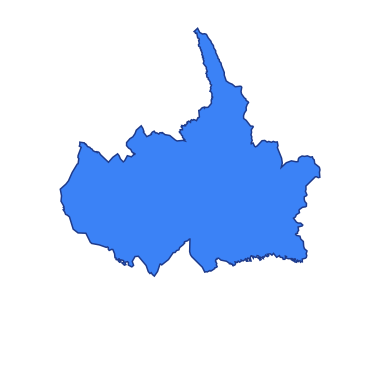 the district of Ron Phibun, Nakhon Si Thammarat, Thailand, rotated 141°
{"feature_id": "78962969B70310108322662", "entity_name": "Ron Phibun", "entity_type": "district", "adm_level": 2, "iso_a3": "THA", "parent_name": "Thailand", "parent_adm1": "Nakhon Si Thammarat", "projection": "natural_earth1", "projection_center": [99.867, 8.196], "detail": "fine", "context": "isolated", "style": "filled", "palette": "blue", "viewbox_px": 384, "rotation_deg": 141, "n_neighbors": 0, "source": "geoboundaries", "source_scale": "gbopen_adm2", "svg_char_len": 6009}
<svg xmlns="http://www.w3.org/2000/svg" viewBox="0 0 384 384"><g transform="rotate(141 192 192)"><path d="M303.3,259.2L303.5,256.6L304.3,254.2L303.4,252.4L302.9,249.8L307.7,237.9L306.3,231.9L300.4,226.7L302.6,217.0L302.3,215.1L297.3,209.2L293.5,203.0L292.3,202.5L292.0,201.6L293.1,200.1L293.1,198.7L290.6,198.0L289.7,197.1L291.0,192.8L293.2,189.4L292.6,188.3L293.5,187.3L292.8,186.2L291.3,186.3L290.6,185.7L290.9,185.0L292.6,184.6L292.5,183.0L291.2,182.4L290.6,183.9L289.9,184.0L288.5,182.0L288.5,181.3L289.3,180.6L291.0,180.7L290.6,177.7L289.1,177.2L288.8,178.9L288.3,179.5L286.0,178.5L285.8,177.1L287.4,175.4L286.1,171.9L285.5,171.6L283.5,171.8L282.2,175.6L276.9,177.7L274.1,175.8L273.9,163.7L276.1,157.6L276.0,155.1L274.5,155.0L274.7,152.8L274.2,150.3L268.8,151.9L262.3,156.1L261.7,155.8L261.4,154.4L252.8,154.3L244.8,156.7L243.1,155.6L240.9,156.2L238.6,155.3L236.5,156.6L232.0,156.6L229.8,157.0L229.7,157.8L229.0,158.0L226.1,156.9L223.7,157.1L223.2,156.7L231.3,147.2L232.6,144.4L232.9,142.0L231.3,127.1L232.5,121.7L231.2,121.2L230.5,120.3L227.5,119.7L227.5,119.1L226.8,118.6L222.6,118.2L222.1,118.7L220.0,118.0L219.3,118.3L219.0,120.0L217.7,120.9L217.5,123.0L217.0,123.1L216.7,124.1L215.6,124.5L215.0,124.0L214.4,124.6L212.9,123.8L212.4,120.9L208.8,116.5L207.9,113.6L208.1,112.7L206.9,112.3L207.1,111.2L206.4,111.0L206.0,110.0L206.6,109.3L206.5,108.8L204.5,108.3L203.1,108.9L202.5,110.5L201.0,108.7L199.6,109.2L199.1,107.5L197.3,107.3L196.6,108.2L195.7,106.3L193.3,106.1L192.5,106.5L192.1,105.6L193.0,105.2L193.2,103.9L192.1,103.1L191.6,105.3L190.1,105.5L189.7,104.3L190.5,102.0L189.5,101.2L188.2,104.3L186.1,105.2L185.6,104.8L186.0,102.0L184.5,103.0L183.9,101.3L182.6,100.7L181.4,101.6L180.6,100.6L180.5,98.6L182.2,99.3L181.8,97.6L182.1,96.2L180.8,96.0L180.9,97.6L179.8,98.2L178.5,95.5L177.5,97.6L177.5,96.7L176.7,95.9L174.4,96.6L174.4,94.9L173.9,94.2L172.5,94.2L172.5,96.1L170.1,94.7L169.6,92.6L167.3,93.0L167.3,88.0L164.1,87.5L164.5,85.8L162.9,84.0L163.5,82.3L162.3,81.3L161.3,81.5L159.8,83.4L159.3,82.5L159.9,82.4L160.3,81.3L159.0,79.4L156.1,77.3L156.0,76.4L157.3,76.6L156.6,74.7L154.8,75.7L153.9,75.0L154.1,74.4L155.8,74.1L156.1,73.0L155.0,71.6L154.2,72.4L153.5,71.5L153.4,72.5L152.9,72.6L152.6,71.1L151.3,70.7L151.8,69.2L150.9,69.2L150.2,68.3L148.5,70.5L145.6,69.2L144.4,69.2L142.8,70.4L142.1,72.2L139.7,73.8L140.3,77.2L139.4,79.5L136.6,83.5L137.1,87.0L135.9,89.7L138.1,92.5L138.1,94.0L137.3,94.2L136.0,93.5L135.1,94.6L133.4,95.0L131.6,98.0L127.8,96.3L126.7,96.6L127.1,99.4L129.0,101.0L129.8,102.8L129.6,107.8L127.4,107.5L125.2,108.7L121.5,108.3L120.4,110.4L119.6,110.8L115.8,110.6L113.0,109.0L112.0,109.0L110.2,111.1L110.3,113.6L109.3,115.9L107.7,117.6L105.5,117.1L104.5,117.4L103.4,121.2L101.8,122.2L99.8,124.9L86.6,126.2L85.7,125.6L84.8,123.6L83.4,123.0L80.5,127.2L78.7,128.6L77.7,130.5L77.5,131.4L78.7,136.9L76.8,140.1L77.0,141.8L76.3,143.6L77.9,144.5L79.6,147.5L82.1,148.8L83.8,150.7L86.9,151.3L88.3,150.9L90.5,149.0L91.9,149.8L95.2,153.7L100.3,155.4L107.2,154.9L103.6,157.7L101.1,161.9L98.1,171.7L97.6,172.9L96.0,173.9L94.2,177.2L96.0,178.5L97.0,180.2L99.0,180.6L100.5,183.0L102.2,183.5L103.0,186.3L105.3,187.8L112.3,186.8L114.2,187.1L114.6,188.2L113.7,191.7L115.6,192.2L115.2,192.9L112.7,194.2L112.0,196.2L110.8,197.2L110.2,199.3L108.2,200.8L106.8,203.0L103.4,204.1L103.3,204.8L105.0,206.5L104.8,213.6L105.6,216.6L104.0,218.8L101.5,220.4L98.3,221.4L96.7,223.7L93.8,225.4L91.8,225.9L91.6,226.7L92.3,229.2L91.6,230.5L92.1,232.3L91.8,237.0L90.6,239.3L87.4,242.1L87.4,243.2L88.1,244.0L92.2,246.6L92.9,250.4L94.5,253.4L95.5,256.8L93.4,262.5L91.7,264.6L89.4,272.0L88.3,274.0L88.4,276.3L87.5,277.8L87.7,279.6L87.0,280.5L85.8,285.5L84.7,286.9L84.4,290.3L83.2,292.4L83.1,295.5L82.4,297.3L82.4,301.6L81.6,305.4L82.5,307.0L84.4,308.2L85.6,311.1L84.6,315.7L89.4,315.4L89.0,314.0L89.4,313.1L88.3,312.5L90.6,308.2L90.0,307.0L90.1,306.3L90.7,305.5L91.4,305.7L92.9,302.7L94.2,302.5L95.0,301.2L94.5,299.2L95.3,298.4L95.4,296.9L96.0,296.4L95.8,295.6L96.4,295.1L96.5,293.7L98.0,292.5L97.8,291.3L98.5,290.7L98.4,290.0L99.3,289.7L98.9,288.6L100.0,287.8L100.2,286.3L102.3,284.8L102.4,279.8L103.3,278.9L104.2,276.1L105.2,276.2L105.4,275.5L106.5,275.4L106.6,273.6L107.5,273.1L108.1,271.5L107.5,270.3L108.5,269.2L108.2,268.3L108.7,265.8L109.8,264.7L109.5,262.8L112.0,261.5L112.2,260.5L114.6,259.0L114.1,258.5L114.5,256.0L116.4,253.7L116.1,253.1L116.7,252.3L117.6,252.6L118.3,251.4L119.1,251.5L121.1,248.7L125.8,247.7L127.1,248.2L128.7,249.8L129.3,249.4L129.2,250.1L129.6,250.0L129.9,250.7L131.8,251.1L133.9,250.6L135.4,251.1L139.0,245.7L140.1,245.6L140.6,246.0L143.6,244.6L144.5,246.4L145.2,247.3L146.3,247.2L146.8,248.4L147.8,248.4L149.3,247.1L149.8,249.1L151.6,249.4L151.7,248.9L152.3,249.0L152.5,248.1L154.2,248.3L155.2,247.6L155.5,248.6L156.1,248.1L158.1,250.1L158.3,249.5L159.0,249.6L158.9,248.9L159.4,248.9L159.4,247.5L160.2,246.4L162.0,247.8L162.6,246.8L163.8,246.9L164.3,245.9L163.7,245.2L164.3,242.9L164.1,241.5L165.0,240.3L164.8,238.5L165.1,238.2L164.7,237.3L165.3,237.1L165.3,236.1L166.5,237.8L171.4,241.0L172.2,242.6L173.7,249.9L176.9,253.6L177.6,256.7L178.3,256.6L178.5,257.5L179.8,258.3L181.3,257.9L182.2,260.1L183.2,260.9L183.1,263.1L185.1,263.5L187.2,263.0L187.4,262.3L192.3,263.5L192.0,269.2L191.3,269.3L190.2,272.3L189.8,275.4L196.4,275.1L199.6,273.2L203.3,272.1L206.7,272.5L211.7,271.6L213.7,269.2L213.6,266.0L212.8,263.6L213.5,260.8L212.3,257.6L212.8,257.3L213.6,258.3L214.0,257.6L217.0,257.5L219.4,260.9L224.7,258.7L226.5,258.7L226.8,262.8L225.8,266.2L225.8,268.5L231.7,268.8L238.2,267.7L239.6,278.7L239.3,281.1L239.9,282.5L240.9,282.3L240.9,283.5L241.9,284.1L242.9,286.3L242.7,288.2L243.3,289.6L243.3,290.9L244.6,293.1L244.3,295.4L244.7,295.7L244.4,296.4L244.9,296.8L244.7,297.9L247.8,301.3L249.4,299.3L250.7,298.6L250.0,296.5L257.6,292.0L258.9,290.6L259.0,289.2L262.7,285.7L263.7,285.9L272.8,282.6L281.0,278.4L285.0,277.5L292.6,277.1L295.8,271.1L299.6,267.3L300.4,262.6L300.9,260.9L301.7,261.0L301.9,259.3L302.4,258.8L303.3,259.2Z" fill="#3b82f6" stroke="#1e3a8a" stroke-width="1.5"/></g></svg>